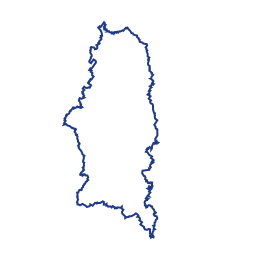 Tamworth, New South Wales, Australia, rotated 206°
{"feature_id": "25037944B76870107962046", "entity_name": "Tamworth", "entity_type": "district", "adm_level": 2, "iso_a3": "AUS", "parent_name": "Australia", "parent_adm1": "New South Wales", "projection": "albers", "projection_center": [151.073, -30.922], "detail": "fine", "context": "isolated", "style": "outline", "palette": "blue", "viewbox_px": 256, "rotation_deg": 206, "n_neighbors": 0, "source": "geoboundaries", "source_scale": "gbopen_adm2", "svg_char_len": 5803}
<svg xmlns="http://www.w3.org/2000/svg" viewBox="0 0 256 256"><g transform="rotate(206 128 128)"><path d="M105.1,147.8L107.9,148.4L109.3,150.6L109.2,151.2L110.1,151.8L110.2,153.0L111.1,152.9L113.4,155.3L115.6,159.5L116.8,160.3L118.4,160.1L119.7,161.3L119.4,162.9L122.2,163.4L121.7,166.4L125.0,166.6L124.8,167.3L123.6,167.5L123.5,167.9L124.7,169.5L124.4,171.0L125.4,170.6L125.3,173.6L124.7,174.8L126.5,175.1L125.8,175.9L125.9,177.8L124.4,177.8L124.2,178.6L125.1,178.3L125.5,178.8L125.4,179.5L126.0,179.6L125.8,181.3L126.1,181.6L129.1,182.1L128.6,182.4L129.3,184.3L128.8,186.9L131.5,187.3L131.0,187.4L130.8,188.1L133.9,188.9L133.9,190.0L134.7,190.5L134.6,191.4L135.2,191.6L135.6,193.2L137.6,193.6L138.5,195.2L138.9,197.8L139.5,197.9L139.3,198.8L140.0,198.9L139.7,200.6L141.7,200.9L142.7,203.1L144.9,205.2L144.7,206.2L145.9,206.6L146.3,207.6L147.5,208.2L147.0,210.5L147.9,211.6L151.2,210.6L152.5,211.1L155.1,210.6L156.0,211.4L156.0,212.2L157.4,212.6L157.7,213.3L159.6,213.6L160.3,215.1L162.6,214.5L164.0,214.4L165.3,215.2L166.4,214.8L168.5,216.2L172.4,217.6L172.6,218.8L172.9,216.9L173.9,217.0L174.8,213.4L175.6,213.4L177.4,211.2L177.8,211.3L178.6,210.5L178.7,209.5L179.9,209.8L180.1,208.7L181.2,208.9L182.1,208.3L181.8,207.4L182.3,207.3L182.2,206.5L183.1,206.9L183.2,206.3L183.9,205.9L184.7,206.8L185.1,206.2L186.9,206.0L187.4,206.6L189.1,205.6L188.8,206.4L190.0,206.7L189.9,206.1L190.5,207.1L191.1,206.5L191.2,206.9L192.0,206.8L191.8,207.2L192.4,207.5L192.8,206.6L193.3,207.2L193.1,208.2L193.6,208.3L193.3,208.8L193.9,208.9L193.4,210.7L194.0,210.6L195.0,211.4L194.9,212.1L195.9,212.5L196.8,206.9L198.0,207.1L198.8,205.2L195.5,203.8L193.8,202.5L191.7,199.6L192.8,198.8L192.1,198.1L192.4,197.1L191.3,197.1L190.8,196.0L191.9,193.6L191.5,192.7L191.9,191.7L191.1,191.6L191.5,191.1L191.0,190.8L192.7,188.6L191.4,188.0L190.7,186.4L191.0,185.3L192.3,184.3L193.4,185.4L196.5,184.7L196.8,184.0L195.9,182.5L196.1,181.3L195.3,180.8L195.0,179.2L192.7,177.7L192.1,176.6L192.5,175.3L191.9,174.5L192.1,170.9L191.5,170.3L189.7,170.0L189.0,174.5L186.7,174.2L185.5,173.0L186.9,164.9L187.9,165.1L188.2,163.0L185.8,163.4L186.0,162.1L184.1,161.8L183.6,159.8L181.5,159.2L182.1,155.6L183.1,155.6L183.6,152.4L183.0,152.7L183.3,150.8L179.9,150.2L180.1,147.5L180.8,147.6L182.1,146.2L183.9,145.5L185.5,145.9L185.9,143.5L183.9,142.9L185.0,140.4L184.0,139.9L184.4,139.7L184.1,139.0L181.7,137.9L181.9,136.6L180.5,136.3L182.8,133.7L184.5,133.7L184.6,133.0L184.1,131.0L182.2,130.2L181.4,128.7L180.5,128.7L180.4,127.8L179.8,127.1L178.2,126.6L179.1,125.4L179.9,125.2L180.4,126.3L182.1,124.7L183.1,125.0L183.4,123.9L185.1,121.9L185.5,122.7L186.3,122.5L187.0,118.1L187.5,118.2L187.7,117.2L187.2,115.3L188.4,113.4L189.0,113.3L189.2,112.4L188.5,112.3L189.1,108.8L188.4,108.7L188.6,107.2L187.2,107.0L187.6,104.5L186.8,104.4L187.0,102.9L185.2,104.4L183.6,103.7L181.3,104.2L178.1,103.4L177.9,103.9L176.2,103.7L175.6,104.2L174.2,104.0L174.3,102.5L174.6,102.5L174.3,101.2L173.0,100.6L171.8,99.0L170.9,99.5L170.8,98.7L169.7,98.3L169.0,96.2L167.7,95.2L166.9,93.7L165.0,93.0L165.1,92.3L164.6,92.2L165.0,90.1L164.1,89.9L163.6,88.5L159.6,86.6L157.4,84.5L155.0,83.9L155.3,82.9L154.5,81.7L153.9,78.7L153.4,77.8L152.2,77.7L152.0,76.3L150.9,74.9L151.1,73.8L150.7,73.1L151.2,72.5L149.2,71.1L149.8,70.4L149.5,69.9L150.5,67.6L150.7,65.3L150.2,64.9L148.9,65.9L148.0,65.1L147.5,65.9L147.8,66.9L146.6,67.4L145.4,66.7L143.7,67.5L142.1,66.2L142.3,64.5L141.0,63.8L141.6,62.9L141.4,62.1L142.4,61.0L142.1,59.2L142.8,58.5L142.6,57.1L143.1,56.5L142.4,55.2L143.2,53.5L142.5,52.1L142.8,51.6L144.2,51.2L144.7,50.3L144.4,48.3L144.7,47.7L145.3,47.5L143.9,45.5L143.6,44.0L143.1,44.1L142.5,42.6L141.5,41.9L141.3,38.8L140.6,38.5L139.9,37.2L139.1,37.6L137.2,37.5L135.7,39.8L132.1,39.6L130.3,39.0L128.4,40.8L128.0,41.8L128.4,42.8L125.7,42.7L124.8,46.3L123.7,46.5L123.1,47.3L122.7,46.7L121.8,47.6L120.2,48.3L118.5,51.0L117.2,50.9L116.2,48.5L114.8,49.3L114.1,50.3L113.5,48.7L112.4,49.2L111.5,48.6L109.2,49.9L107.9,49.4L107.4,51.2L105.7,50.7L105.4,51.0L104.6,50.0L103.4,50.6L103.3,51.3L102.6,51.4L102.4,52.2L99.6,53.1L99.1,54.5L98.3,52.8L96.4,52.6L96.6,49.8L95.5,48.5L91.7,47.3L91.0,45.9L90.3,47.2L88.4,48.3L88.1,49.4L86.7,49.9L84.7,52.3L83.5,54.7L82.6,54.7L80.4,54.0L80.6,52.3L79.6,52.8L78.3,52.4L77.2,51.4L77.4,50.1L74.1,49.5L74.5,46.7L70.1,46.1L70.0,45.5L68.5,44.3L66.1,44.9L65.2,46.3L63.8,46.6L62.2,43.1L61.4,42.9L60.7,41.8L61.2,41.1L60.9,40.4L60.2,40.4L59.3,39.5L58.7,40.8L57.2,40.9L57.4,41.7L59.2,42.5L60.2,45.1L60.0,46.6L60.5,47.8L59.5,48.8L61.0,49.3L61.5,50.7L62.4,51.2L61.3,51.9L62.6,54.6L62.2,55.2L62.7,57.6L62.0,59.0L62.2,59.9L63.6,61.2L65.7,60.7L67.0,61.6L67.2,62.3L66.0,63.3L65.9,64.2L67.4,64.4L68.7,65.9L71.1,66.8L72.1,68.0L73.0,67.6L73.9,68.2L75.6,67.6L76.2,66.6L76.0,65.3L76.8,64.5L77.9,66.0L78.2,65.6L79.0,66.0L79.7,67.6L80.4,68.1L80.6,69.8L80.3,70.8L79.2,71.5L79.3,72.2L78.8,73.1L81.0,72.7L80.7,75.1L79.1,75.7L80.5,76.2L79.7,79.9L81.2,80.1L80.9,81.7L83.8,82.2L83.3,82.7L83.5,84.9L81.6,84.6L81.7,83.9L80.3,83.7L80.5,85.5L81.4,85.8L80.7,86.7L81.4,87.1L82.2,89.0L82.9,88.9L82.8,89.4L84.0,89.0L84.1,87.9L85.7,87.4L85.9,88.0L86.7,87.8L87.9,89.1L88.5,88.3L88.9,89.2L90.3,89.6L90.4,90.9L91.8,92.1L92.5,91.8L95.5,93.6L96.2,96.0L90.7,99.7L91.0,100.2L90.7,100.1L90.3,102.8L91.4,103.0L91.9,105.0L91.4,105.8L91.7,106.5L90.8,106.9L90.2,107.9L91.8,108.2L91.7,108.8L90.8,108.7L90.6,109.3L90.6,109.8L91.5,110.0L91.4,110.6L94.2,111.1L93.9,113.0L97.4,113.2L99.9,114.8L101.5,114.5L101.2,116.6L101.9,116.8L101.8,117.7L101.3,117.7L101.2,118.7L100.5,118.5L100.2,120.4L98.1,120.0L97.7,118.9L97.5,119.9L98.5,122.4L98.5,125.8L97.4,126.1L97.5,125.6L97.1,125.5L96.9,126.3L95.2,126.5L94.4,128.1L96.4,128.0L96.8,129.0L97.7,128.3L98.8,130.4L98.3,134.1L100.8,139.1L101.3,139.7L101.9,139.5L103.3,140.1L103.6,141.1L105.7,142.4L105.1,147.8Z" fill="none" stroke="#1e3a8a" stroke-width="2"/></g></svg>